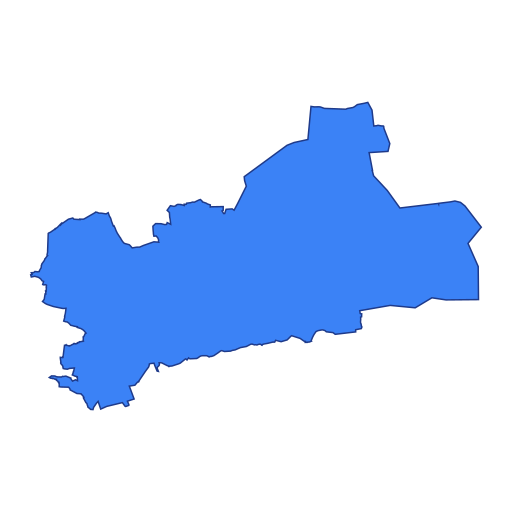 Barneveld, Gelderland, Netherlands
{"feature_id": "6326949B49000859839667", "entity_name": "Barneveld", "entity_type": "district", "adm_level": 2, "iso_a3": "NLD", "parent_name": "Netherlands", "parent_adm1": "Gelderland", "projection": "mercator", "projection_center": [5.571, 52.171], "detail": "fine", "context": "isolated", "style": "filled", "palette": "blue", "viewbox_px": 512, "rotation_deg": 0, "n_neighbors": 0, "source": "geoboundaries", "source_scale": "gbopen_adm2", "svg_char_len": 5779}
<svg xmlns="http://www.w3.org/2000/svg" viewBox="0 0 512 512"><path d="M367.8,102.4L364.2,103.3L357.3,104.6L354.8,106.5L353.0,107.5L347.4,108.5L345.8,109.2L324.4,108.4L320.5,107.0L319.0,106.8L314.2,106.9L311.0,106.4L307.9,139.5L294.1,142.5L287.0,145.3L244.2,176.7L244.6,180.6L246.3,186.2L237.7,203.4L234.1,210.2L232.2,208.9L226.1,209.3L224.7,213.5L223.6,213.5L223.5,213.2L223.1,212.8L222.4,211.4L222.0,211.0L223.2,210.3L223.2,206.6L211.1,206.8L210.3,207.0L210.3,204.9L207.3,203.9L206.5,203.3L202.9,202.0L202.5,202.0L202.0,201.0L200.4,199.5L198.9,200.0L194.1,202.3L193.4,202.1L192.4,202.1L190.6,202.7L186.6,203.2L186.4,204.2L186.2,204.3L184.1,204.2L184.0,204.9L184.4,205.4L184.3,205.6L182.0,204.8L181.0,204.8L180.9,204.5L177.7,204.4L176.2,205.1L176.1,205.6L174.1,206.4L170.4,205.7L167.1,210.3L169.4,212.5L169.7,217.2L170.1,219.0L170.7,224.3L167.2,222.6L166.6,224.4L164.7,224.6L161.0,223.7L155.6,223.6L152.9,226.2L153.1,230.0L153.4,233.1L153.4,233.9L153.9,236.2L156.2,236.0L157.8,237.9L158.5,239.6L158.6,240.8L158.4,241.5L158.7,242.2L153.9,241.8L143.3,245.5L139.7,247.1L136.4,247.2L132.2,247.9L130.1,245.5L129.2,244.7L125.1,243.6L124.3,243.3L123.4,242.5L122.3,241.1L120.8,238.7L120.7,238.3L119.8,237.1L117.3,233.2L115.9,230.3L115.2,228.3L114.0,225.8L113.4,226.1L113.0,225.2L111.6,221.5L110.9,219.0L110.5,217.9L109.3,215.9L108.2,212.7L106.1,213.9L101.6,213.2L98.9,213.1L97.0,212.3L95.5,212.1L95.3,212.5L93.9,213.3L84.5,218.7L83.3,219.2L79.8,219.1L79.9,219.6L73.9,219.2L72.8,218.0L68.4,219.2L62.4,223.4L61.9,222.9L60.9,223.8L61.2,224.2L61.1,224.5L60.3,225.3L59.9,224.8L57.4,227.4L55.4,228.8L55.2,228.6L55.0,228.8L55.3,229.1L55.0,229.4L54.7,229.3L50.3,232.3L48.5,233.1L48.2,233.5L48.2,234.2L47.6,250.7L47.6,252.1L47.0,255.0L47.6,255.6L46.9,256.3L45.4,258.4L44.9,258.8L44.6,259.9L43.9,261.1L41.9,263.8L41.7,264.6L41.3,265.6L41.3,266.6L41.1,267.8L39.4,270.7L39.3,271.5L37.8,271.8L34.9,271.5L34.5,272.0L33.4,272.6L31.4,272.7L31.9,273.5L32.0,273.9L32.0,274.3L31.9,274.3L32.0,274.5L30.7,274.8L31.3,277.0L34.8,276.3L38.0,277.2L38.9,277.6L40.7,278.9L42.1,280.8L43.6,281.4L42.7,284.5L43.8,284.9L45.6,284.7L46.5,285.2L46.2,287.2L46.4,287.3L46.2,290.8L46.2,291.1L45.6,291.0L45.8,292.5L45.8,294.0L45.1,293.9L44.2,299.4L42.5,301.5L45.3,303.5L47.1,304.4L53.3,306.5L62.3,308.4L63.6,308.5L66.0,308.3L65.7,310.8L65.3,313.6L64.7,316.0L64.6,316.6L64.8,316.8L64.7,317.4L63.7,321.1L65.4,321.7L67.3,322.0L68.9,323.2L70.8,325.3L72.8,325.7L73.1,325.9L74.8,326.3L77.4,326.7L77.2,327.4L81.0,328.6L82.8,329.7L83.9,330.6L86.0,333.1L85.3,333.4L83.7,336.7L83.1,337.0L83.3,337.8L83.2,340.4L83.5,341.1L83.1,341.3L82.8,341.4L82.4,341.3L80.7,341.7L79.5,341.7L79.2,342.0L79.1,342.4L78.7,342.3L77.5,343.0L77.5,343.4L77.3,343.4L77.2,343.0L76.2,343.8L75.7,343.7L75.4,343.9L74.6,343.5L74.0,343.5L73.9,343.9L73.4,343.9L72.8,344.4L72.1,344.6L71.0,345.3L70.1,345.7L69.4,345.7L69.2,346.0L67.0,345.3L66.2,345.4L66.1,345.2L66.2,344.9L66.1,344.7L65.1,345.4L64.5,345.3L63.0,357.1L62.7,357.0L62.6,357.6L60.3,357.3L60.3,358.3L60.9,362.5L60.7,362.7L60.7,363.2L61.4,364.4L62.2,365.1L62.9,366.4L62.9,367.2L63.1,367.7L63.2,368.5L64.6,368.9L67.4,369.2L69.5,368.4L74.4,368.0L73.6,371.5L73.4,371.5L72.9,373.6L72.3,374.9L75.1,376.2L76.7,376.5L76.8,377.0L77.3,376.9L77.5,380.7L75.5,379.8L72.5,381.1L70.6,378.4L70.8,378.1L65.9,376.1L63.3,376.5L62.6,376.3L61.5,377.0L57.5,376.9L55.5,376.4L55.0,376.0L51.5,375.9L49.3,377.5L50.6,378.2L52.3,378.4L52.7,378.6L53.0,378.3L55.3,379.4L55.6,379.2L56.1,379.5L56.5,379.4L56.5,380.3L58.0,381.4L58.0,381.6L58.5,382.6L58.9,382.4L59.0,382.9L59.2,383.1L59.2,386.7L61.0,387.0L68.6,387.2L69.3,388.0L70.0,389.0L70.1,389.9L76.9,393.5L81.1,393.8L81.4,394.5L82.4,395.2L83.8,397.2L83.9,397.5L83.4,397.9L85.9,402.6L86.9,403.5L87.3,405.2L87.6,405.6L87.9,407.1L89.9,408.7L90.5,409.4L93.0,409.6L93.6,407.4L96.4,403.3L98.1,401.4L100.7,409.1L106.7,406.4L122.4,402.6L125.0,406.2L125.7,406.5L128.8,405.4L128.9,404.6L127.4,401.2L134.1,399.0L129.3,386.1L134.9,385.2L137.6,382.0L138.5,382.0L138.9,381.6L138.8,381.4L138.8,381.1L145.5,371.2L148.6,367.0L149.0,365.9L149.1,365.5L149.4,363.9L150.9,363.5L154.0,363.2L154.8,365.6L157.1,371.1L158.4,371.4L157.5,369.1L157.2,368.3L157.2,367.8L157.5,367.1L159.0,365.6L159.3,364.9L159.4,363.9L159.1,362.8L160.5,362.7L161.8,362.9L167.2,365.6L168.7,366.1L168.8,366.5L169.1,366.5L169.3,366.2L172.0,366.0L178.7,363.8L180.3,363.1L185.5,358.9L186.0,359.0L187.0,360.0L188.6,357.9L189.4,358.6L190.2,358.8L196.6,358.5L197.7,358.0L200.1,356.3L201.2,355.9L202.5,355.7L206.5,355.7L207.5,356.0L209.0,356.9L209.4,356.9L210.1,356.5L211.6,356.4L213.9,355.6L217.8,353.0L220.4,351.1L221.1,350.7L222.0,350.7L224.5,351.5L230.6,351.1L232.3,350.4L235.1,349.9L240.4,347.6L246.4,346.5L250.8,344.2L252.1,344.1L254.5,344.9L255.4,344.7L257.0,345.0L258.0,344.5L260.0,344.1L261.3,344.7L261.7,345.2L262.0,345.3L262.7,344.4L264.0,344.0L267.4,343.4L272.8,342.1L274.7,342.1L275.6,340.3L281.1,341.7L287.2,339.9L290.7,336.4L291.6,335.7L300.1,338.4L304.1,341.2L305.4,341.4L305.2,342.4L306.7,342.4L307.1,342.4L307.1,342.2L309.5,342.0L311.4,341.2L311.1,340.9L312.6,337.2L314.0,334.5L316.0,331.6L317.9,330.7L321.3,330.0L322.8,329.9L325.0,330.6L326.3,331.8L333.0,332.6L335.2,334.3L355.7,331.9L355.6,329.9L355.7,329.7L361.3,328.6L361.8,327.3L361.7,327.3L361.0,323.7L360.7,323.4L360.5,322.0L360.7,319.5L360.6,317.1L361.6,316.8L361.7,313.8L361.1,313.8L360.2,313.5L359.7,310.7L390.2,305.4L415.2,307.8L431.9,297.8L446.0,299.9L478.5,299.6L478.2,266.5L468.0,243.4L481.3,227.2L465.0,206.0L460.5,202.4L454.9,201.0L450.3,201.9L438.8,203.3L438.7,204.1L438.4,203.4L399.9,208.0L387.2,190.4L373.6,175.8L372.3,170.7L372.2,170.5L372.5,170.4L369.1,152.6L388.0,151.4L389.8,143.6L383.9,128.3L383.7,126.3L383.4,126.0L381.3,125.9L378.0,125.3L376.7,125.7L373.8,126.0L372.0,110.1L367.8,102.4Z" fill="#3b82f6" stroke="#1e3a8a" stroke-width="1.5"/></svg>